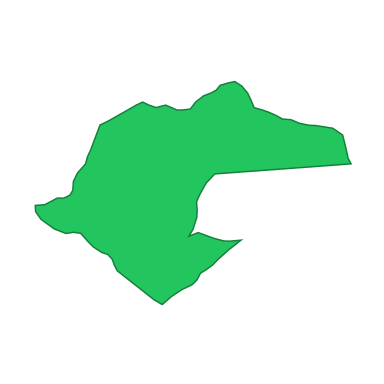 Araçoiaba, Pernambuco, Brazil, rotated 279°
{"feature_id": "56859067B21879203827187", "entity_name": "Araçoiaba", "entity_type": "district", "adm_level": 2, "iso_a3": "BRA", "parent_name": "Brazil", "parent_adm1": "Pernambuco", "projection": "mercator", "projection_center": [-35.078, -7.801], "detail": "fine", "context": "isolated", "style": "filled", "palette": "green", "viewbox_px": 384, "rotation_deg": 279, "n_neighbors": 0, "source": "geoboundaries", "source_scale": "gbopen_adm2", "svg_char_len": 1199}
<svg xmlns="http://www.w3.org/2000/svg" viewBox="0 0 384 384"><g transform="rotate(279 192 192)"><path d="M244.7,344.7L249.8,340.9L259.3,337.2L271.8,331.9L277.0,321.1L277.0,303.6L276.2,297.1L276.7,287.3L278.9,278.4L278.2,269.8L280.7,263.3L282.9,254.9L284.0,248.6L285.0,240.2L292.4,235.6L298.4,231.5L304.5,224.5L307.8,217.0L305.4,210.7L301.7,203.0L296.5,200.1L292.6,195.0L288.9,188.5L281.3,181.4L273.7,177.4L271.6,170.0L270.6,164.5L273.7,152.4L269.8,143.3L271.2,135.3L273.1,129.2L269.1,123.3L261.2,113.5L248.4,97.4L243.8,90.7L217.3,85.2L210.6,83.3L202.9,82.4L193.0,76.0L184.0,73.2L175.0,74.0L169.8,71.9L165.9,66.4L164.9,59.9L156.4,48.5L154.2,39.3L148.1,40.6L141.4,47.1L137.7,54.4L134.0,61.7L131.3,74.0L133.6,80.9L133.8,88.5L126.8,97.0L122.2,103.3L118.2,112.2L117.1,118.6L113.1,123.7L107.2,127.0L102.4,130.6L92.9,147.6L88.1,156.3L83.6,164.2L79.5,171.6L76.2,180.2L85.6,188.1L93.9,197.1L100.5,206.7L106.0,210.7L113.1,213.1L117.7,218.4L122.8,223.5L129.8,228.5L140.5,237.2L152.1,247.9L149.4,237.2L148.6,231.2L149.7,220.5L152.9,204.5L147.8,195.8L154.8,198.7L167.3,200.7L174.9,199.9L183.1,198.0L191.4,200.3L203.0,204.6L213.4,211.6L244.7,344.7Z" fill="#22c55e" stroke="#15803d" stroke-width="1.5"/></g></svg>